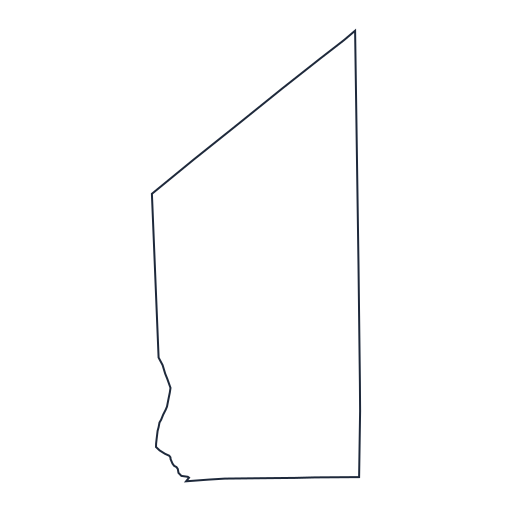 the district of Iférouane, Agadez, Niger
{"feature_id": "23599985B42361363165505", "entity_name": "Iférouane", "entity_type": "district", "adm_level": 2, "iso_a3": "NER", "parent_name": "Niger", "parent_adm1": "Agadez", "projection": "equal_earth", "projection_center": [8.793, 20.451], "detail": "fine", "context": "isolated", "style": "outline", "palette": "slate", "viewbox_px": 512, "rotation_deg": 0, "n_neighbors": 0, "source": "geoboundaries", "source_scale": "gbopen_adm2", "svg_char_len": 699}
<svg xmlns="http://www.w3.org/2000/svg" viewBox="0 0 512 512"><path d="M186.1,481.3L208.6,479.6L224.9,478.6L263.0,478.2L295.4,477.9L315.0,477.4L359.1,477.1L360.1,411.2L359.9,382.7L358.5,265.1L355.1,30.7L343.9,40.2L320.4,58.4L282.1,88.6L237.2,124.8L193.9,159.4L151.9,193.8L158.6,357.6L162.6,365.1L165.2,373.7L167.3,378.9L170.5,387.9L169.8,392.6L168.6,398.4L167.0,406.6L165.7,409.7L163.2,414.6L161.1,419.8L159.5,422.5L158.6,427.2L157.6,430.9L156.6,439.1L156.1,443.6L156.0,447.0L159.6,450.4L165.0,453.8L169.2,455.7L170.4,457.3L170.6,459.2L172.5,463.6L174.1,465.8L176.5,467.1L177.8,469.0L178.5,472.9L181.4,475.9L187.8,476.8L189.0,477.7L186.1,481.3Z" fill="none" stroke="#1e293b" stroke-width="2"/></svg>